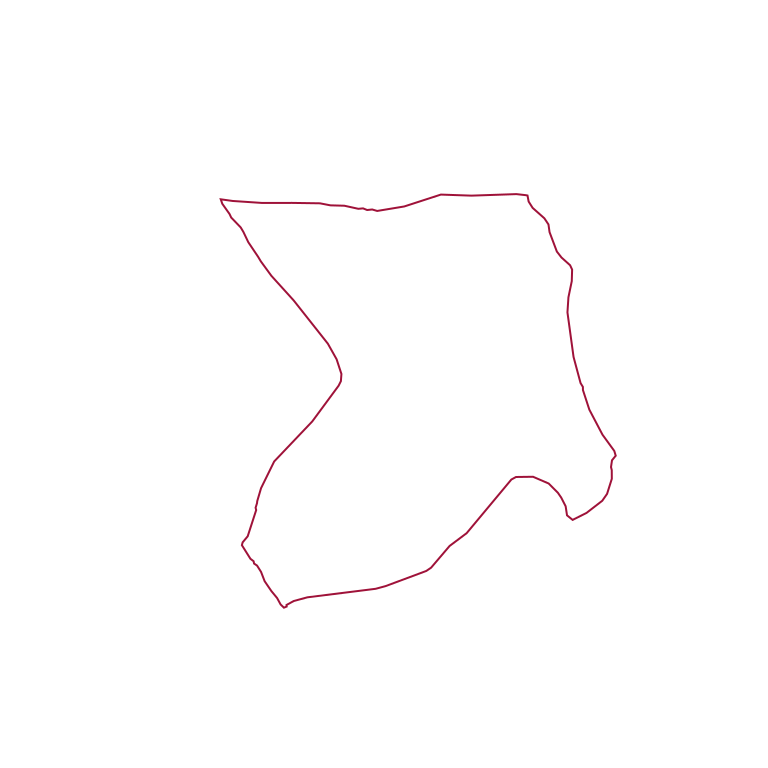 outline of Santa Bárbara, Huehuetenango, Guatemala, rotated 129°
{"feature_id": "79465075B43226162523151", "entity_name": "Santa Bárbara", "entity_type": "district", "adm_level": 2, "iso_a3": "GTM", "parent_name": "Guatemala", "parent_adm1": "Huehuetenango", "projection": "orthographic", "projection_center": [-91.62, 15.332], "detail": "fine", "context": "isolated", "style": "outline", "palette": "rose", "viewbox_px": 768, "rotation_deg": 129, "n_neighbors": 0, "source": "geoboundaries", "source_scale": "gbopen_adm2", "svg_char_len": 1378}
<svg xmlns="http://www.w3.org/2000/svg" viewBox="0 0 768 768"><g transform="rotate(129 384 384)"><path d="M620.8,321.0L618.2,319.6L617.1,320.7L609.5,317.6L598.0,309.3L569.0,281.4L548.4,261.6L540.1,255.6L502.7,233.5L497.1,231.8L468.6,231.1L447.9,225.9L378.1,224.9L373.2,222.9L362.3,209.8L357.7,193.4L359.1,180.4L360.8,174.7L364.7,165.9L370.9,159.1L370.9,151.9L356.8,145.5L337.4,140.9L329.0,141.5L314.3,147.3L307.6,152.8L305.7,155.3L299.8,158.8L293.9,158.8L291.1,162.9L285.9,182.3L274.7,208.3L263.5,225.6L261.1,227.6L259.6,231.8L243.7,253.7L212.9,286.5L200.6,295.2L185.9,302.8L176.7,309.8L174.6,314.1L174.0,325.7L172.3,333.0L161.8,350.9L156.5,356.6L154.3,363.7L153.6,379.3L151.2,386.4L147.2,391.1L148.0,392.6L153.1,400.6L182.6,434.6L201.0,459.0L233.3,480.0L253.8,498.2L255.8,503.0L259.4,506.6L260.7,510.8L264.0,514.2L270.4,527.0L278.9,538.1L283.9,547.5L301.1,569.4L320.1,592.8L337.0,616.8L343.2,627.1L345.7,623.1L349.1,611.0L350.8,607.5L352.5,593.9L354.3,589.0L359.2,578.7L364.4,561.8L366.2,556.9L370.8,539.6L375.9,506.8L388.0,453.0L394.6,436.4L403.0,423.4L408.9,419.3L413.9,418.2L458.2,416.2L513.3,420.6L542.3,414.0L554.8,408.8L556.5,407.7L561.0,405.9L562.4,404.0L588.1,394.1L596.0,394.2L598.7,393.0L603.9,377.8L603.8,373.8L605.3,372.0L605.0,368.4L607.4,361.3L612.4,352.6L615.8,341.2L617.6,332.4L620.4,325.6L620.8,321.0Z" fill="none" stroke="#9f1239" stroke-width="2"/></g></svg>